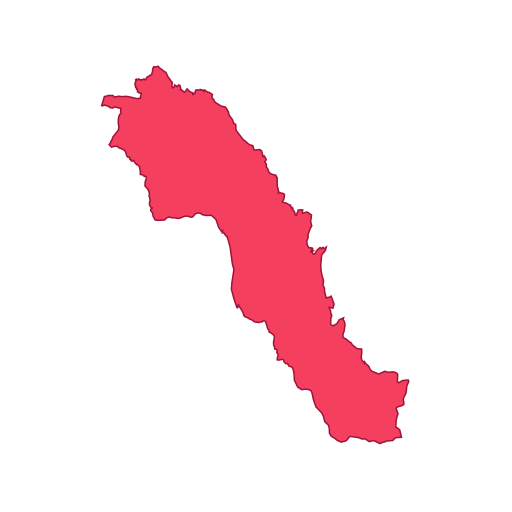 the district of Cernesti, Maramures, Romania, rotated 106°
{"feature_id": "2599482B23598129947364", "entity_name": "Cernesti", "entity_type": "district", "adm_level": 2, "iso_a3": "ROU", "parent_name": "Romania", "parent_adm1": "Maramures", "projection": "robinson", "projection_center": [23.78, 47.557], "detail": "fine", "context": "isolated", "style": "filled", "palette": "rose", "viewbox_px": 512, "rotation_deg": 106, "n_neighbors": 0, "source": "geoboundaries", "source_scale": "gbopen_adm2", "svg_char_len": 6131}
<svg xmlns="http://www.w3.org/2000/svg" viewBox="0 0 512 512"><g transform="rotate(106 256 256)"><path d="M316.7,251.2L317.3,250.1L317.8,246.2L318.4,244.8L318.4,243.1L319.7,239.0L319.1,234.7L318.0,233.2L317.5,231.7L316.7,231.5L316.1,230.7L316.1,229.4L316.6,228.6L322.5,224.8L323.5,223.4L325.5,222.3L325.8,220.6L326.6,218.2L327.7,216.6L329.1,215.9L334.2,215.4L337.2,214.3L338.7,212.8L340.2,212.5L340.2,210.5L340.5,209.8L343.1,209.4L345.1,207.2L347.1,207.5L349.9,207.1L349.8,205.4L348.2,202.5L348.0,201.5L348.4,200.8L350.0,199.9L351.1,198.2L351.3,197.6L350.6,196.1L352.8,194.0L352.8,191.1L354.1,189.4L358.9,186.9L364.8,184.9L370.6,179.7L371.9,175.1L370.4,172.0L369.9,168.3L370.3,166.0L371.9,164.6L378.2,161.2L384.4,156.9L388.9,149.3L392.5,146.3L396.3,144.3L398.6,139.8L401.4,138.1L406.0,136.6L408.1,134.6L409.0,132.6L409.2,130.9L410.8,127.3L411.4,122.8L409.0,118.7L407.2,117.5L404.3,116.5L403.4,115.6L402.3,107.3L402.7,103.7L401.7,100.5L403.1,96.5L403.0,95.3L401.2,92.9L401.1,90.4L402.2,85.7L401.7,84.4L400.4,83.2L399.1,80.8L398.0,79.8L395.6,73.6L393.5,72.6L391.9,71.1L390.2,66.2L383.5,69.9L382.3,72.8L381.9,74.5L376.2,75.8L372.0,76.2L368.4,76.0L364.1,79.2L363.0,79.1L361.8,78.0L359.7,74.6L358.0,73.0L355.9,73.5L353.9,74.8L351.7,75.0L346.0,74.0L339.5,75.2L334.5,74.6L333.2,75.5L335.3,80.8L338.3,83.7L338.5,84.6L337.3,85.6L331.0,87.1L330.0,88.0L329.5,89.8L329.6,92.5L331.4,97.0L331.3,100.4L335.6,105.5L334.7,113.3L333.4,115.1L330.9,117.2L329.0,121.2L328.0,122.2L329.2,122.2L327.9,123.4L327.7,124.6L326.5,125.9L323.8,127.1L320.1,127.6L316.3,128.8L317.1,132.8L316.8,134.5L314.9,138.8L313.2,140.7L312.5,143.6L311.5,145.1L310.3,149.6L309.1,150.4L306.9,150.8L303.8,150.6L297.7,151.4L295.0,152.7L293.0,154.8L291.3,154.8L293.1,156.8L294.1,158.3L298.9,159.7L301.8,162.6L301.7,164.4L300.8,165.5L295.2,166.9L292.7,166.7L291.9,167.0L290.7,168.1L287.5,169.6L286.5,170.8L285.2,171.5L285.0,167.7L280.7,167.7L273.9,172.7L275.6,174.3L276.0,175.6L277.0,177.0L271.2,180.3L268.2,181.3L265.2,183.8L262.2,184.0L260.6,184.6L255.4,187.8L251.4,189.7L246.4,191.4L236.5,193.2L232.7,191.2L230.8,190.8L228.2,191.0L229.6,191.8L230.0,192.7L229.2,194.0L230.8,195.1L230.2,196.7L232.3,198.2L234.9,199.4L237.1,199.8L238.0,200.4L238.3,201.4L236.9,203.4L235.8,202.7L236.7,204.4L236.1,204.3L235.6,202.9L234.4,203.2L234.2,203.8L234.5,204.2L233.9,204.2L233.3,203.6L232.9,204.0L233.3,204.5L232.9,205.0L233.0,205.7L233.6,207.0L232.5,208.6L230.5,210.2L227.7,211.3L223.8,211.0L221.1,211.9L214.5,211.4L211.6,210.7L208.1,212.9L201.4,213.9L200.7,215.4L200.5,217.0L200.1,217.2L199.7,218.4L199.9,219.7L202.2,223.0L199.9,223.9L198.9,223.7L199.1,225.5L200.4,228.2L201.7,227.7L203.0,228.4L205.5,228.2L205.7,229.6L203.1,231.0L201.0,233.5L199.9,233.9L200.3,234.7L199.3,234.8L198.9,236.6L197.5,236.9L197.8,237.7L196.8,241.2L197.0,245.2L196.1,245.6L194.5,245.0L192.2,245.0L188.9,245.6L188.3,247.7L188.7,248.3L188.5,250.2L188.9,250.5L189.2,252.0L187.4,251.9L187.0,252.6L185.0,253.4L183.4,254.7L174.8,257.3L175.0,257.7L172.7,259.4L173.1,260.6L173.0,263.2L172.7,264.8L171.9,266.6L169.1,268.6L167.3,270.8L166.1,270.9L164.8,271.5L163.0,273.6L160.6,272.7L159.6,273.4L157.5,275.8L158.2,276.1L158.6,276.7L155.2,278.4L153.3,279.8L152.6,281.8L154.1,285.2L154.6,287.2L151.6,288.9L150.7,289.9L150.9,291.9L150.6,293.6L147.1,301.2L141.2,309.1L139.5,310.3L135.2,311.7L134.2,314.4L131.7,315.9L128.9,319.5L127.0,321.3L125.1,322.2L122.5,324.9L121.2,326.7L121.5,330.8L119.9,336.4L118.7,339.0L117.3,339.5L116.4,341.7L114.6,342.3L112.9,342.3L111.6,345.9L111.8,347.6L110.6,351.1L110.6,351.5L112.1,351.5L111.2,353.4L111.3,355.4L111.8,355.3L112.9,359.5L114.4,359.8L115.8,359.4L117.0,360.6L117.8,360.5L118.1,360.9L118.2,361.3L116.6,361.8L116.3,364.9L114.3,368.3L117.4,369.3L118.3,370.0L116.8,373.4L117.0,373.5L117.1,374.5L115.5,374.7L113.2,375.9L112.8,377.4L115.0,378.6L114.6,379.1L114.0,381.4L115.8,381.2L117.3,382.4L115.5,384.0L112.8,384.0L112.1,384.4L111.0,386.4L109.2,388.2L108.8,389.3L104.3,393.2L103.7,395.8L102.3,398.8L102.2,399.7L100.6,402.5L101.7,404.0L102.3,406.5L104.4,406.9L107.0,406.4L110.4,406.4L111.7,407.5L111.6,407.9L113.3,409.1L113.8,409.9L117.2,410.7L116.7,411.7L116.7,412.6L118.0,413.9L118.2,415.1L118.6,415.2L118.6,416.4L118.0,417.5L119.3,418.4L119.4,418.9L118.9,419.7L119.8,420.3L120.3,419.7L123.1,419.9L124.9,419.5L125.6,418.6L126.9,418.4L127.2,418.0L127.1,417.6L127.6,417.1L128.7,416.8L128.5,416.0L129.4,415.4L130.8,415.3L131.2,413.7L131.6,412.9L131.1,411.6L131.6,411.0L132.1,410.8L133.5,411.1L136.4,410.6L136.5,411.4L137.6,414.0L137.8,419.9L138.3,424.8L139.8,429.0L140.4,432.6L141.4,433.8L141.4,434.4L142.3,436.1L141.1,437.8L142.6,442.7L143.5,443.7L144.5,445.7L154.0,445.8L154.1,445.1L152.7,443.4L152.7,439.5L153.6,437.3L153.4,434.9L152.0,433.1L151.4,431.8L151.7,428.7L151.1,427.4L151.9,426.4L153.9,426.1L155.3,425.3L156.8,425.5L157.6,426.1L160.4,426.3L162.7,426.0L166.9,424.8L169.2,423.5L173.0,423.0L180.8,426.3L184.5,426.6L185.9,427.2L187.3,427.0L189.4,427.9L191.2,425.0L189.2,421.5L188.8,419.1L189.7,418.1L190.2,413.4L190.9,411.4L191.7,410.2L194.8,408.3L196.2,406.9L196.2,405.6L195.8,404.9L197.8,403.9L197.9,403.5L197.4,403.5L197.5,403.0L198.8,402.3L199.0,401.1L197.9,400.2L200.3,397.3L201.0,395.9L200.6,395.8L200.7,395.1L202.5,392.5L205.9,390.9L206.7,390.1L207.0,390.4L209.5,389.7L209.3,386.6L209.5,386.0L210.3,385.5L209.9,384.3L210.3,383.4L211.3,382.8L215.1,383.0L219.2,382.1L221.4,378.7L222.9,377.1L225.7,375.5L227.8,375.4L229.8,374.0L232.2,373.0L233.0,373.3L234.3,373.0L234.3,372.7L235.8,372.7L237.8,371.1L238.5,368.9L240.0,370.1L241.5,369.6L243.1,367.3L246.2,365.8L249.2,362.8L248.9,360.5L246.6,353.8L244.0,352.3L242.5,350.4L242.3,346.6L241.7,344.8L241.6,342.6L241.0,340.1L237.4,335.5L236.7,333.4L236.5,331.7L236.7,330.1L236.3,328.2L235.1,327.2L232.2,326.0L231.0,324.4L230.2,321.5L231.1,319.0L230.8,315.3L229.2,310.0L231.9,304.6L238.7,299.8L241.7,296.2L240.8,295.0L243.0,295.0L242.8,292.8L244.3,291.4L245.1,289.9L245.3,288.9L246.2,288.8L247.7,287.5L254.5,283.4L270.4,276.4L275.1,273.5L288.4,271.8L294.7,270.5L303.7,265.1L310.7,260.2L311.0,259.7L310.3,259.2L309.1,260.2L307.7,259.2L309.0,258.2L313.5,253.2L316.7,251.2Z" fill="#f43f5e" stroke="#9f1239" stroke-width="1.5"/></g></svg>